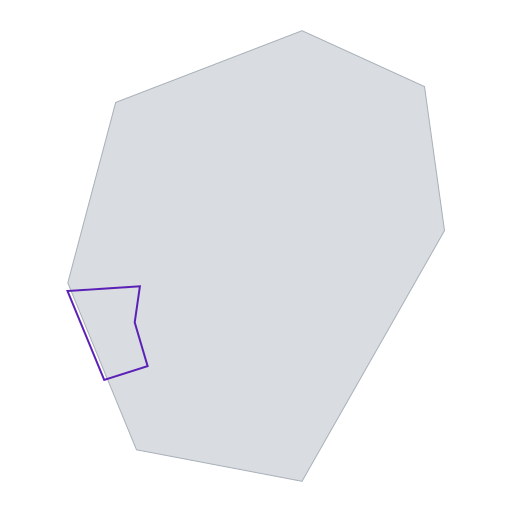 Aiwo highlighted on a map of Nauru
{"feature_id": "NRU-4972", "entity_name": "Aiwo", "entity_type": "state/province", "adm_level": 1, "iso_a3": "NRU", "parent_name": "Nauru", "parent_adm1": "", "projection": "orthographic", "projection_center": [166.914, -0.531], "detail": "fine", "context": "in_parent", "style": "outline", "palette": "violet", "viewbox_px": 512, "rotation_deg": 0, "n_neighbors": 0, "source": "natural_earth", "source_scale": "10m", "svg_char_len": 353}
<svg xmlns="http://www.w3.org/2000/svg" viewBox="0 0 512 512"><path d="M444.5,230.6L302.0,481.3L136.5,449.8L67.8,282.9L115.7,102.4L302.0,30.7L424.5,86.6L444.5,230.6Z" fill="#d9dde1" stroke="#a8b0b8" stroke-width="1"/><path d="M104.2,379.9L67.5,291.0L139.9,286.3L134.7,322.4L147.6,366.1L104.2,379.9Z" fill="none" stroke="#5b21b6" stroke-width="2"/></svg>